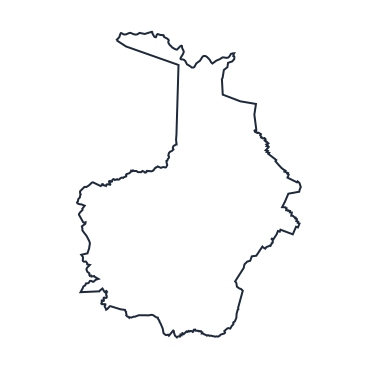 Ayotlán, Jalisco, Mexico (Robinson projection), rotated 195°
{"feature_id": "50627088B2305212977001", "entity_name": "Ayotlán", "entity_type": "district", "adm_level": 2, "iso_a3": "MEX", "parent_name": "Mexico", "parent_adm1": "Jalisco", "projection": "robinson", "projection_center": [-102.328, 20.472], "detail": "fine", "context": "isolated", "style": "outline", "palette": "slate", "viewbox_px": 384, "rotation_deg": 195, "n_neighbors": 0, "source": "geoboundaries", "source_scale": "gbopen_adm2", "svg_char_len": 5965}
<svg xmlns="http://www.w3.org/2000/svg" viewBox="0 0 384 384"><g transform="rotate(195 192 192)"><path d="M119.7,70.0L118.9,73.0L117.9,74.7L117.8,75.4L118.4,76.3L118.1,77.1L117.2,77.9L116.6,81.8L117.4,86.0L117.4,90.1L116.9,90.6L117.5,92.2L117.4,109.8L119.6,111.0L121.4,111.1L124.1,112.2L125.8,115.9L127.2,116.8L122.4,132.0L122.6,135.7L120.6,139.1L118.0,140.6L117.6,145.3L113.4,147.1L109.9,157.5L108.9,156.9L106.5,156.2L105.8,156.3L106.3,156.4L106.3,156.7L105.9,158.1L103.3,159.9L103.1,160.3L102.3,160.2L101.6,162.8L101.8,163.1L100.9,164.1L101.6,166.1L101.4,166.5L102.9,167.2L102.7,167.7L101.1,167.5L99.3,173.0L98.9,176.6L97.0,176.4L96.8,178.5L83.7,177.2L82.5,185.4L80.5,185.2L80.0,189.4L81.9,189.6L81.7,191.7L81.8,191.2L82.6,190.9L83.7,190.9L83.6,192.9L85.4,193.1L85.3,194.1L86.6,194.2L88.6,195.1L90.0,194.8L90.3,198.0L92.2,197.7L92.4,199.0L94.2,198.7L94.3,199.2L96.3,198.8L96.4,200.7L97.1,200.6L97.7,201.4L101.0,200.7L99.7,206.7L98.5,215.3L88.5,220.0L88.6,222.3L88.2,224.9L90.5,228.5L92.7,229.6L93.1,228.5L103.5,230.6L103.1,233.8L104.6,234.3L104.2,235.2L107.9,235.6L107.3,236.8L109.3,237.3L112.2,238.6L117.0,241.7L119.4,243.4L118.9,244.7L128.2,248.6L127.6,249.8L130.2,250.0L129.5,251.3L131.6,251.4L129.7,254.8L129.6,255.4L131.8,255.6L131.1,256.8L132.4,257.3L130.9,258.8L133.5,260.2L133.7,259.8L135.2,260.6L134.6,262.0L135.9,262.9L137.3,262.1L139.4,262.5L139.3,263.3L140.8,264.4L140.4,265.7L143.0,266.5L143.9,265.9L146.7,266.4L147.5,267.5L147.3,267.8L145.7,267.6L146.3,269.5L151.8,282.9L153.0,293.6L168.8,292.1L187.5,294.0L192.3,308.7L192.0,310.3L192.8,318.1L190.1,321.8L190.6,326.1L187.0,328.5L185.6,331.3L186.1,333.6L187.3,334.0L187.0,334.6L187.6,335.5L187.2,336.9L188.9,336.3L190.2,335.3L191.0,332.4L192.0,331.1L193.4,330.5L196.8,330.1L197.6,329.7L199.5,327.5L202.4,325.3L205.5,321.4L207.1,322.2L209.2,324.4L212.6,326.4L214.4,326.8L215.7,326.5L216.5,325.9L216.9,325.2L218.3,320.8L221.1,317.4L222.1,313.3L222.9,312.6L224.4,312.2L227.1,313.3L229.9,314.0L232.3,316.7L233.7,317.5L235.2,317.7L236.7,317.3L237.6,317.7L237.7,318.6L236.4,323.0L236.2,325.1L236.5,325.9L238.7,328.4L239.6,330.5L240.1,330.6L241.1,329.7L243.3,325.7L244.4,325.5L246.1,325.8L248.7,326.6L250.5,327.8L251.3,328.0L253.5,330.1L253.8,331.4L253.7,332.4L253.9,332.8L255.5,333.7L259.0,334.5L259.6,335.0L259.8,335.9L260.4,336.1L263.3,335.5L266.0,335.7L266.7,334.7L266.9,332.2L267.7,332.0L268.5,332.2L269.4,333.0L271.5,335.2L271.8,336.2L272.2,336.4L278.6,332.4L283.9,332.1L285.4,330.3L287.0,329.5L289.0,329.3L292.6,329.8L293.8,329.3L296.5,327.2L297.7,326.7L299.2,326.6L301.2,327.2L301.8,327.1L302.1,326.2L302.3,322.7L304.0,319.7L303.4,319.4L303.2,318.7L293.4,315.5L237.9,311.2L221.9,243.5L220.9,238.2L219.3,234.3L219.2,233.9L219.9,233.8L220.6,232.7L221.6,231.9L221.9,231.1L222.0,229.6L220.9,228.3L222.2,226.3L223.6,225.2L224.4,223.7L224.3,221.0L223.4,220.4L223.2,218.9L223.8,217.8L224.0,215.9L224.7,215.5L224.3,214.0L222.9,211.6L223.4,209.3L224.0,208.8L226.2,208.7L228.3,207.3L231.8,207.8L232.3,207.0L233.2,206.5L233.3,205.9L234.2,205.2L234.4,203.6L235.0,203.1L235.4,202.2L236.4,201.5L239.5,201.0L240.8,200.5L241.0,200.7L241.3,200.4L241.3,199.2L242.1,198.6L242.8,198.6L243.6,199.2L245.3,199.5L246.2,198.0L247.8,197.6L249.4,197.2L251.1,197.9L253.6,197.2L254.2,197.6L255.0,197.4L254.9,196.9L255.5,196.3L256.3,196.6L256.3,195.9L257.3,194.0L259.9,192.3L260.2,191.4L259.6,190.7L259.6,190.1L262.1,188.2L262.2,187.8L263.7,187.7L264.8,186.7L265.4,185.4L266.3,184.9L267.5,184.6L267.7,184.9L269.7,183.6L271.0,184.2L271.4,184.0L272.1,182.8L272.0,181.4L272.3,181.1L274.1,181.5L274.6,181.2L274.9,180.8L274.7,180.1L273.9,179.7L273.6,179.0L272.9,178.4L273.0,177.8L274.8,177.8L276.2,177.4L276.6,175.6L277.6,175.9L278.1,175.6L278.6,175.8L279.4,175.6L280.1,176.5L280.7,176.4L280.7,175.4L281.2,175.1L281.7,174.1L290.1,175.7L291.0,175.3L293.2,171.8L295.3,169.5L297.2,169.1L300.3,163.7L299.6,161.4L298.9,161.0L299.1,159.2L298.9,157.7L300.0,155.7L299.8,153.5L300.4,152.2L299.7,151.4L298.0,151.1L295.5,151.4L292.1,151.0L293.6,147.4L293.1,146.3L294.8,143.4L295.4,141.8L295.3,140.8L289.4,134.7L288.3,134.4L287.0,135.2L286.8,133.7L289.5,130.3L288.4,128.4L288.3,127.5L287.7,126.3L282.5,122.3L280.8,120.5L278.3,117.7L277.3,115.9L276.8,110.8L277.1,105.7L282.7,102.7L280.7,101.1L280.2,100.2L279.8,97.5L279.5,97.1L278.3,96.7L276.5,97.4L274.9,96.2L274.5,95.0L271.8,95.1L273.7,91.8L274.0,90.0L272.5,87.9L270.1,86.9L269.8,85.4L269.0,84.6L268.0,85.2L267.3,84.3L264.8,85.5L264.1,84.9L259.9,83.8L262.3,82.3L263.9,79.8L264.6,79.6L266.3,80.1L267.1,79.9L267.7,79.5L268.0,78.0L268.8,77.0L270.8,76.2L271.0,74.2L272.5,72.6L272.6,71.0L273.7,66.4L255.7,72.1L255.4,73.1L253.5,75.6L250.8,73.0L250.1,73.1L249.2,74.2L248.3,73.7L248.4,72.6L249.1,72.1L248.6,71.8L248.2,70.2L247.4,69.5L247.1,67.9L247.6,67.4L249.4,67.3L249.9,67.0L249.9,66.4L249.1,64.8L249.0,64.2L249.2,63.9L250.5,64.1L251.1,63.9L250.7,62.3L250.5,62.1L250.7,60.7L249.8,60.3L247.8,61.0L246.6,61.1L246.4,60.4L246.8,59.6L246.7,58.7L245.4,57.5L244.5,56.1L243.4,57.2L241.9,60.3L241.2,60.6L230.7,60.2L226.2,60.8L225.8,60.0L224.6,59.1L224.5,58.3L223.6,56.9L223.7,55.9L222.1,54.9L220.9,55.0L220.0,54.2L219.6,54.8L217.8,55.2L216.0,56.5L214.8,56.8L211.5,59.2L201.8,61.7L199.3,62.9L197.9,63.0L193.9,61.7L192.5,61.8L191.7,60.4L190.3,59.4L190.0,58.5L188.3,56.8L185.0,52.6L182.9,48.2L180.5,47.1L179.8,47.1L178.2,48.0L177.1,47.2L174.3,53.3L173.5,52.9L173.2,51.8L171.3,48.9L169.0,47.7L168.9,48.1L167.5,49.2L166.3,49.2L166.3,51.4L165.8,51.4L165.4,50.8L164.9,50.8L164.8,53.2L164.5,53.2L163.8,52.5L163.3,52.4L161.2,56.0L160.6,56.1L160.7,55.6L160.0,55.6L159.2,57.0L158.1,56.7L157.6,57.3L156.3,57.6L155.0,57.0L154.7,57.5L154.6,59.4L153.3,59.9L152.7,59.0L151.1,59.4L149.4,59.2L149.3,59.6L148.0,59.6L147.4,59.9L146.8,59.2L145.9,59.1L145.9,57.8L144.5,58.2L143.3,57.6L142.0,57.6L140.4,57.1L140.0,57.6L139.1,57.9L137.9,57.6L136.8,58.1L132.0,58.3L130.7,59.0L129.5,59.0L128.1,60.2L127.5,61.6L124.0,63.8L123.7,64.8L124.8,66.0L122.6,69.3L121.8,69.9L119.7,70.0Z" fill="none" stroke="#1e293b" stroke-width="2"/></g></svg>